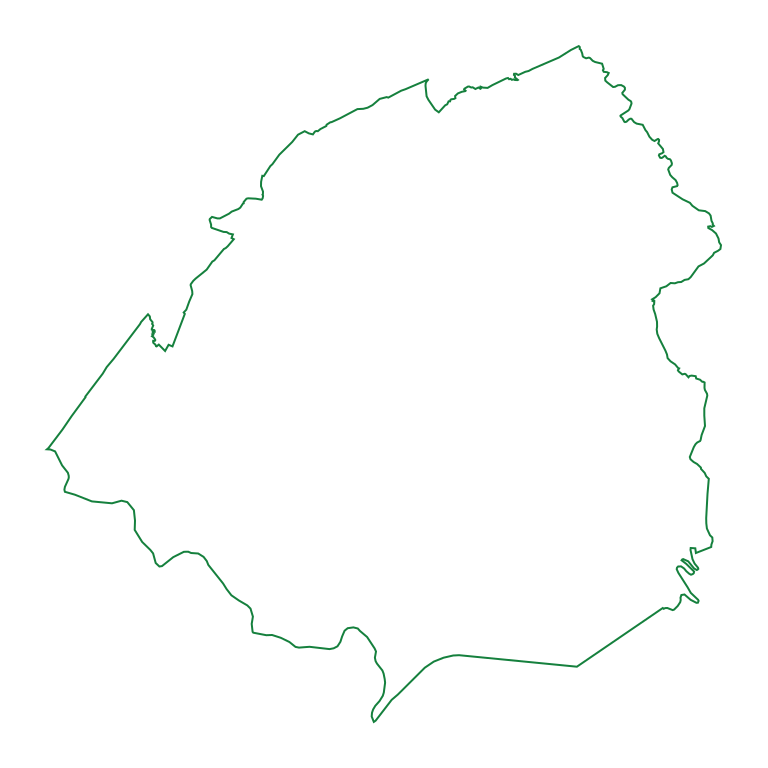 outline of Aninoasa, Dâmbovita, Romania
{"feature_id": "2599482B19790994841582", "entity_name": "Aninoasa", "entity_type": "district", "adm_level": 2, "iso_a3": "ROU", "parent_name": "Romania", "parent_adm1": "Dâmbovita", "projection": "natural_earth1", "projection_center": [25.449, 44.974], "detail": "fine", "context": "isolated", "style": "outline", "palette": "green", "viewbox_px": 768, "rotation_deg": 0, "n_neighbors": 0, "source": "geoboundaries", "source_scale": "gbopen_adm2", "svg_char_len": 6022}
<svg xmlns="http://www.w3.org/2000/svg" viewBox="0 0 768 768"><path d="M576.9,666.7L662.8,608.0L663.7,608.8L665.2,608.1L667.3,608.0L672.7,610.1L674.1,609.6L677.7,606.0L680.2,602.2L680.7,600.0L680.5,597.7L681.4,595.0L684.5,594.5L690.6,599.8L696.4,602.8L697.9,602.7L698.6,600.9L698.1,599.8L690.8,592.9L687.6,587.3L678.4,572.9L676.7,569.2L677.0,567.7L678.1,566.5L681.1,566.4L684.1,568.5L686.3,571.2L689.3,573.8L691.0,574.7L692.7,574.1L693.7,573.3L694.1,571.6L686.2,563.8L681.6,560.3L682.3,559.4L683.2,559.1L688.2,561.3L694.1,568.5L696.8,570.0L697.6,569.6L698.3,568.9L698.0,567.7L694.6,563.6L692.5,559.2L690.5,549.9L690.7,548.0L695.3,548.3L695.9,553.0L711.2,547.0L711.4,544.6L712.6,541.2L712.3,537.5L710.0,535.3L706.9,528.5L706.3,523.3L706.2,518.2L707.5,493.9L708.8,478.8L706.3,476.4L704.7,472.9L701.0,468.9L700.9,467.6L697.1,464.0L693.6,462.0L690.5,459.3L689.8,457.0L693.8,447.1L695.5,444.2L697.2,442.5L700.1,441.0L700.6,440.0L701.6,435.1L705.0,426.0L704.3,415.6L704.3,408.3L707.3,395.6L707.0,393.7L704.9,389.9L704.5,387.9L704.6,382.5L703.4,381.8L702.3,381.8L700.0,379.7L696.2,378.5L695.7,376.2L691.7,375.6L689.5,376.0L688.5,377.3L685.7,374.2L684.8,373.8L682.3,374.4L678.6,371.4L677.9,370.2L679.1,368.4L678.2,368.1L675.1,364.4L670.5,361.3L667.6,358.1L667.0,354.5L665.4,350.6L659.1,338.1L657.3,333.8L656.7,329.5L657.1,326.5L657.0,321.8L655.2,314.1L653.6,309.5L653.1,305.7L654.1,304.2L654.3,301.8L652.8,301.0L653.8,300.4L652.2,299.3L655.6,297.2L659.5,293.3L660.4,288.3L666.3,286.3L670.6,283.0L674.9,283.3L678.0,282.2L681.2,282.0L684.6,279.9L688.4,279.2L690.7,277.1L698.5,266.4L704.0,263.5L712.8,255.3L714.1,252.8L718.0,250.8L720.4,249.0L721.0,245.1L719.2,242.4L718.5,238.5L716.0,233.5L712.1,230.1L708.3,228.0L708.2,226.6L710.4,226.2L711.9,226.9L713.9,225.9L712.7,224.6L712.8,223.4L711.5,220.8L710.6,215.6L709.0,213.4L705.2,211.1L698.8,210.3L692.4,205.8L689.9,202.8L682.6,199.3L672.5,192.7L671.7,189.4L672.5,187.3L677.1,186.1L677.6,185.2L677.1,182.9L675.6,180.1L672.3,177.3L670.2,174.9L668.2,169.5L668.8,167.9L671.7,164.9L671.9,163.3L670.9,160.4L669.9,159.2L668.1,158.9L666.6,157.8L665.8,156.4L664.7,155.8L662.3,157.7L661.2,158.0L660.1,157.7L658.9,155.4L659.3,154.3L662.2,153.2L663.5,152.1L662.9,149.0L658.2,143.4L659.0,141.4L659.1,139.9L658.2,139.0L657.6,139.1L654.5,141.0L652.2,139.8L649.4,136.7L647.1,132.1L645.5,130.2L642.7,124.8L636.6,123.6L634.1,122.1L631.5,118.8L630.3,118.7L628.7,119.6L626.5,121.7L625.0,122.1L624.3,121.7L622.4,118.1L620.8,116.7L620.4,115.9L620.7,115.4L628.3,110.5L629.4,109.2L631.5,103.6L631.3,102.1L630.7,101.1L628.4,99.7L622.6,94.2L622.3,92.9L624.9,89.7L624.9,87.8L624.0,86.6L621.2,85.1L618.0,85.2L615.0,86.8L613.1,87.0L607.0,82.2L605.3,80.6L605.1,78.0L607.7,75.2L608.7,73.0L607.0,72.2L603.7,71.8L602.9,70.2L603.7,68.9L602.1,63.7L595.1,62.0L592.7,60.8L590.1,58.1L588.9,57.6L586.1,58.3L583.4,57.0L582.7,56.1L582.2,53.4L580.8,49.8L579.7,49.0L579.8,47.1L578.7,46.1L570.9,50.0L559.0,57.5L532.5,68.9L528.6,71.0L525.3,71.8L518.3,75.0L516.0,73.7L514.1,73.8L513.9,74.9L515.0,75.9L514.9,77.4L517.9,79.9L517.6,80.1L514.9,80.0L513.7,79.4L511.8,79.8L510.6,78.8L509.1,79.2L508.0,78.0L506.0,78.5L492.4,85.1L487.6,87.9L482.9,87.6L480.4,86.6L480.2,87.0L480.8,88.5L480.4,88.8L478.4,87.5L475.4,89.0L472.7,87.3L471.2,87.5L469.1,86.5L467.9,86.6L464.4,88.7L464.1,89.4L465.6,90.8L465.3,91.1L461.8,91.8L457.9,93.4L455.1,96.0L455.4,98.2L454.1,98.9L451.2,99.3L450.5,99.8L450.1,101.3L448.6,101.3L447.2,104.3L445.2,105.3L438.8,112.3L435.1,109.6L428.4,99.8L426.6,96.3L425.5,85.8L425.7,83.3L426.6,81.5L428.6,79.3L405.5,89.2L401.2,90.7L388.3,97.6L386.7,97.1L379.7,98.9L372.5,105.1L367.6,107.7L363.3,108.8L357.4,109.1L340.0,118.3L331.6,122.1L330.3,122.3L326.6,124.7L326.3,126.0L320.5,129.0L317.8,131.2L316.2,131.0L314.9,131.6L312.9,134.4L308.9,133.4L304.7,131.2L298.0,134.7L292.2,142.0L279.3,154.7L272.4,164.2L270.4,166.0L263.8,176.1L262.3,175.8L261.1,181.8L261.0,186.2L263.0,191.6L262.9,194.3L262.5,194.7L263.1,195.9L262.6,198.4L261.7,199.7L255.9,198.7L248.1,198.3L246.5,198.7L243.7,202.0L243.7,203.3L243.0,203.5L240.3,207.6L238.4,209.0L231.7,211.6L229.0,213.7L219.9,218.4L217.4,218.4L212.0,216.9L209.8,219.0L209.6,219.9L211.1,224.6L211.1,227.0L211.8,227.9L223.5,231.9L226.7,232.1L229.1,233.6L232.9,234.4L231.5,238.0L233.8,239.2L227.7,246.3L225.7,248.1L223.9,249.0L214.4,260.3L212.3,261.6L206.7,269.6L195.6,278.6L193.3,280.8L190.8,284.2L190.6,285.1L192.2,291.1L192.4,294.1L189.2,301.6L186.3,309.7L183.7,312.5L184.8,313.9L172.5,346.4L168.6,344.8L165.1,351.0L158.8,344.6L156.6,346.4L156.0,346.2L155.4,344.6L153.4,342.9L153.1,341.9L153.2,340.8L154.7,340.9L155.2,340.4L155.2,339.6L153.6,337.3L152.0,336.2L153.0,335.2L152.3,334.2L153.8,333.6L153.5,332.3L152.7,332.1L152.7,331.7L153.5,331.3L154.7,331.6L154.7,330.8L154.3,330.1L151.8,329.7L151.7,329.1L153.2,325.5L152.1,323.9L152.6,323.0L152.5,322.1L150.2,319.3L149.8,316.4L148.0,314.3L141.1,322.0L140.0,324.1L113.6,358.9L106.7,367.1L102.7,373.7L85.3,396.6L85.5,397.2L71.5,416.3L62.5,429.5L48.5,448.0L47.0,449.3L50.4,449.5L55.1,451.4L62.1,465.4L67.9,472.8L68.7,475.7L68.8,477.3L68.5,478.9L64.9,486.9L64.4,489.7L64.9,491.8L74.9,494.7L91.9,501.4L112.0,503.3L121.5,500.7L127.3,502.1L133.9,510.2L135.0,520.6L134.7,529.9L142.2,542.0L150.3,549.9L153.1,553.4L155.7,563.0L159.4,566.5L162.0,566.1L173.3,557.1L183.9,551.8L188.2,551.7L191.1,553.0L198.2,553.5L203.6,556.9L206.8,561.1L208.3,564.9L223.1,583.5L226.6,589.1L231.4,595.3L238.9,600.5L247.3,605.4L250.5,608.6L252.9,616.6L251.7,623.9L252.6,631.8L253.3,632.7L266.3,635.2L272.1,635.0L280.8,637.8L289.4,642.0L295.5,646.9L299.0,647.6L309.5,646.8L329.5,649.1L333.7,648.3L337.5,646.3L340.4,641.8L342.1,636.5L344.6,630.7L347.7,628.2L353.4,627.4L357.8,628.5L359.9,630.9L367.1,637.0L374.6,648.4L376.0,651.5L374.9,657.7L375.6,661.1L376.9,663.5L382.4,670.5L383.6,673.6L384.7,679.1L385.1,682.7L383.8,692.6L382.8,695.8L379.5,701.1L375.3,705.8L373.1,709.5L372.0,712.8L371.7,716.5L373.8,721.9L375.6,720.7L391.7,699.8L397.8,694.6L424.8,667.7L433.8,661.6L443.6,657.7L453.2,655.5L459.1,655.2L576.9,666.7Z" fill="none" stroke="#15803d" stroke-width="2"/></svg>